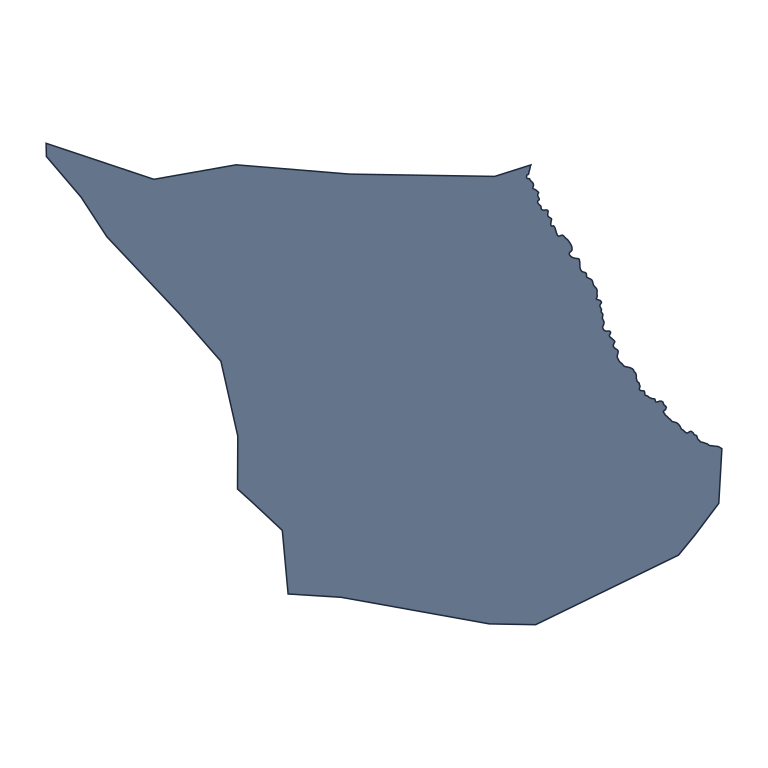 Bayanjargalan, Töv, Mongolia (Equal Earth projection)
{"feature_id": "93677404B91267927861385", "entity_name": "Bayanjargalan", "entity_type": "district", "adm_level": 2, "iso_a3": "MNG", "parent_name": "Mongolia", "parent_adm1": "Töv", "projection": "equal_earth", "projection_center": [108.634, 47.077], "detail": "fine", "context": "isolated", "style": "filled", "palette": "slate", "viewbox_px": 768, "rotation_deg": 0, "n_neighbors": 0, "source": "geoboundaries", "source_scale": "gbopen_adm2", "svg_char_len": 4135}
<svg xmlns="http://www.w3.org/2000/svg" viewBox="0 0 768 768"><path d="M46.1,143.3L46.4,156.5L81.3,197.4L81.3,197.5L106.9,236.8L179.3,313.6L220.9,361.2L237.8,436.2L237.5,489.0L252.6,502.6L282.3,530.4L288.1,594.0L341.1,597.3L489.3,623.9L535.6,624.7L678.5,555.1L695.2,534.7L718.8,503.3L721.9,448.7L718.5,446.6L716.7,446.3L714.4,446.1L711.6,445.7L709.6,445.5L709.0,445.3L708.3,444.7L707.4,443.9L705.2,443.2L703.4,442.5L701.9,442.2L701.2,442.1L700.7,441.9L699.1,440.3L698.0,439.3L697.5,438.5L697.3,437.7L696.9,436.3L696.6,435.7L696.1,435.3L695.3,435.1L694.5,434.9L693.9,434.3L693.4,433.1L691.6,431.5L691.0,431.3L690.5,431.3L689.9,431.6L688.9,432.1L687.7,432.9L686.8,433.0L685.8,432.6L684.4,431.3L683.3,430.2L682.4,429.7L681.4,429.0L680.7,427.7L680.0,426.2L678.8,424.6L677.5,423.3L676.0,422.5L673.5,421.9L672.0,421.4L671.3,420.7L670.5,419.7L669.7,418.9L668.7,418.3L667.6,417.0L666.1,415.7L665.2,415.0L664.7,413.8L663.8,412.7L663.4,411.7L663.4,411.4L663.5,411.1L663.8,410.9L664.9,410.2L665.7,409.3L666.0,408.2L666.3,407.4L665.8,406.4L665.1,405.7L664.2,405.1L663.8,404.4L662.8,401.9L661.6,401.2L659.7,401.1L658.0,401.7L657.1,402.0L656.0,402.0L655.5,401.4L655.0,399.5L654.9,399.1L653.8,398.7L652.8,398.8L650.2,397.9L649.0,397.2L647.7,396.1L646.8,395.7L645.5,395.4L645.1,394.9L644.9,394.6L644.6,391.8L644.2,391.2L643.9,390.8L643.4,390.8L641.6,390.8L640.2,390.3L639.5,389.5L639.3,388.7L639.6,387.7L640.0,386.8L640.0,386.0L639.7,385.3L639.4,384.5L639.2,383.2L638.6,382.5L637.6,381.9L637.1,381.1L636.9,380.4L636.6,379.1L636.2,378.2L636.4,376.3L636.2,374.8L635.8,373.4L635.1,372.5L633.9,371.2L633.6,370.0L632.3,368.7L630.1,367.7L627.4,367.0L625.2,366.6L623.9,366.0L621.8,363.5L619.9,362.0L619.2,361.2L618.1,358.9L617.3,357.7L617.2,356.0L617.5,354.6L618.0,353.0L618.2,351.3L617.8,350.3L616.9,349.5L615.5,348.7L614.2,347.6L613.6,346.8L613.3,346.0L613.4,344.8L614.0,343.3L614.7,342.2L614.8,341.5L614.5,341.0L613.5,340.0L611.6,338.3L610.1,337.1L609.5,336.3L609.3,335.7L609.7,334.7L610.5,333.2L610.6,332.2L610.1,331.5L609.2,331.0L608.1,331.0L606.6,331.2L605.5,331.0L604.1,330.2L603.1,328.9L602.6,327.7L602.8,326.4L603.4,325.2L603.8,324.3L604.0,323.0L604.0,321.8L603.6,320.8L602.8,319.3L602.3,318.4L602.4,317.6L602.7,316.2L602.9,314.6L602.5,313.5L601.8,312.8L601.2,311.8L601.2,311.0L601.5,309.9L601.4,309.1L600.6,307.7L600.0,306.4L599.8,305.6L600.3,304.4L601.5,302.7L601.1,301.4L600.2,300.5L598.3,299.8L597.1,299.5L596.5,299.2L596.3,298.8L596.8,297.6L597.2,296.3L597.2,295.0L596.9,293.7L597.1,292.2L597.1,290.1L596.6,288.8L595.6,287.5L594.2,286.1L593.5,285.0L593.0,283.4L592.6,281.7L592.1,280.3L591.0,279.3L588.9,278.3L587.4,277.5L586.7,277.1L586.5,276.3L586.5,274.7L586.2,273.3L585.3,272.6L583.8,272.1L582.8,271.9L581.9,271.4L581.0,270.3L580.4,269.2L579.9,266.9L579.9,264.7L579.8,262.1L579.4,259.9L579.1,259.1L578.4,258.7L577.4,258.5L575.9,258.4L574.0,258.0L571.9,257.2L569.9,255.5L569.4,254.7L569.3,253.3L569.8,252.3L571.4,251.0L572.0,250.1L572.1,248.8L571.9,247.1L571.3,245.3L569.3,241.9L567.5,239.6L565.7,238.2L564.1,236.5L563.4,235.8L562.8,235.3L562.2,235.1L561.0,235.4L560.0,235.9L559.1,236.2L558.2,235.9L557.4,235.2L556.4,232.7L555.5,229.4L554.7,227.3L553.9,226.2L553.5,225.8L552.8,225.9L552.0,226.2L551.4,226.0L551.0,225.4L550.7,224.6L551.1,221.5L551.6,219.4L551.4,218.6L550.1,217.8L548.7,216.9L548.0,216.2L547.7,215.1L547.8,213.6L548.0,212.4L548.2,211.4L548.0,210.7L547.4,210.2L546.6,209.9L545.4,210.0L543.9,210.2L542.6,210.0L541.5,209.3L541.1,208.3L541.1,207.0L540.7,205.9L539.8,205.2L538.3,203.7L537.6,202.4L537.6,201.4L538.3,200.4L539.2,199.8L539.3,199.0L538.8,197.9L538.1,196.8L537.7,195.5L537.8,194.2L538.2,193.4L538.6,192.9L538.6,192.5L537.9,191.6L536.7,190.7L535.8,189.9L534.5,189.2L533.3,188.8L532.9,188.4L532.8,187.7L533.1,186.8L533.5,185.7L533.5,184.7L533.2,183.4L532.5,182.5L530.7,180.7L529.9,179.7L529.6,178.8L529.3,178.6L528.5,178.6L527.6,178.6L527.0,178.2L526.5,177.4L526.6,176.5L526.7,175.6L527.0,174.9L527.8,174.7L528.3,174.4L528.5,174.2L528.9,173.0L528.9,172.0L529.7,169.6L530.1,167.6L530.3,166.4L530.9,164.9L494.7,176.4L349.7,174.1L236.1,164.8L153.9,179.3L46.1,143.3Z" fill="#64748b" stroke="#1e293b" stroke-width="1.5"/></svg>